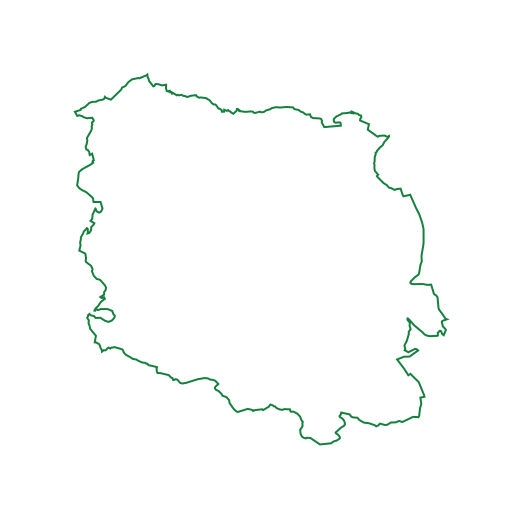 outline of Garbou, Salaj, Romania, rotated 350°
{"feature_id": "2599482B85635598983906", "entity_name": "Garbou", "entity_type": "district", "adm_level": 2, "iso_a3": "ROU", "parent_name": "Romania", "parent_adm1": "Salaj", "projection": "orthographic", "projection_center": [23.428, 47.145], "detail": "fine", "context": "isolated", "style": "outline", "palette": "green", "viewbox_px": 512, "rotation_deg": 350, "n_neighbors": 0, "source": "geoboundaries", "source_scale": "gbopen_adm2", "svg_char_len": 6017}
<svg xmlns="http://www.w3.org/2000/svg" viewBox="0 0 512 512"><g transform="rotate(350 256 256)"><path d="M388.0,442.9L388.9,441.8L391.1,434.5L393.1,430.4L393.3,424.0L397.4,423.9L397.3,421.9L394.4,408.5L387.6,398.9L385.3,399.9L382.4,392.9L377.0,382.4L384.1,380.9L389.8,381.7L399.2,377.2L398.2,375.8L396.4,375.1L389.4,377.2L386.0,374.6L386.9,373.5L386.6,370.0L389.7,365.9L392.9,359.5L393.3,357.1L395.6,354.9L395.1,351.7L395.9,348.4L394.1,345.2L394.2,344.1L394.5,343.8L395.2,344.3L399.8,351.8L406.7,360.0L408.3,362.5L410.5,364.1L413.6,365.2L421.0,366.1L421.4,365.6L421.7,363.2L424.2,361.5L425.3,362.3L425.7,365.0L427.1,366.6L430.1,361.9L429.9,360.9L427.8,357.8L427.5,353.3L428.3,352.3L433.0,351.5L431.7,350.7L429.6,345.7L427.0,340.7L426.7,339.0L427.6,328.4L426.7,326.2L425.1,324.9L424.6,323.8L423.5,314.6L419.7,314.2L415.8,312.7L404.9,310.8L403.4,309.6L403.6,308.5L404.4,307.6L408.8,304.5L412.9,302.5L413.6,301.3L416.4,293.4L418.3,290.2L419.0,284.6L422.9,273.7L423.7,270.1L425.7,258.4L425.4,251.7L424.0,243.3L421.8,236.0L418.5,222.5L411.6,222.8L411.1,221.6L410.1,214.8L406.7,214.5L403.9,215.0L401.0,212.7L398.8,211.7L397.1,208.9L394.3,206.4L389.3,199.2L388.9,198.3L390.4,197.1L387.9,192.9L387.8,190.2L388.5,187.0L388.4,185.2L389.3,183.3L390.0,179.6L391.7,176.2L391.7,175.1L393.1,174.4L393.4,173.5L396.7,170.8L400.0,168.9L402.3,165.8L405.2,163.8L407.8,161.4L407.8,160.9L406.3,161.6L403.3,159.6L398.1,159.1L396.8,159.7L395.3,158.5L388.0,151.0L390.1,145.8L382.0,140.6L382.5,139.0L383.9,137.6L383.8,135.9L382.2,135.3L381.0,133.6L379.3,133.1L375.9,130.8L376.2,132.3L374.0,131.5L374.1,130.9L373.4,130.8L371.3,131.1L365.2,130.5L364.5,131.1L359.3,132.6L356.4,134.6L356.0,137.2L357.4,138.5L361.9,139.0L362.4,139.6L362.2,142.4L345.6,140.9L343.9,135.7L344.5,134.4L343.9,132.3L342.3,131.5L336.1,130.1L334.2,128.5L333.8,125.9L330.4,125.6L329.3,125.0L327.1,122.6L325.0,121.5L323.3,119.6L319.3,118.0L318.3,116.1L311.8,114.5L305.6,114.0L301.4,112.9L297.4,113.1L295.4,113.9L291.2,114.4L288.5,115.6L285.8,115.3L285.0,114.5L279.7,115.0L278.6,114.4L278.1,113.5L276.5,112.8L270.6,112.2L264.7,110.4L264.5,110.0L265.0,109.6L263.5,108.0L262.8,107.9L262.2,109.5L258.4,112.0L256.5,110.4L255.7,109.1L254.9,108.9L254.0,107.5L252.4,108.0L250.1,106.4L249.5,108.3L247.4,108.0L247.5,106.4L245.9,104.7L244.7,104.3L242.9,100.5L242.0,99.6L240.8,99.5L239.3,98.1L237.0,94.1L235.5,93.2L234.6,92.0L229.0,90.2L227.6,90.3L225.3,88.5L224.9,87.2L220.2,86.9L215.6,87.5L214.6,86.5L211.7,85.4L210.7,84.3L207.9,84.4L206.8,83.6L205.8,84.0L203.1,81.4L201.6,81.6L201.7,80.4L201.2,79.8L200.0,79.9L199.8,78.3L198.4,78.4L198.7,79.0L196.7,78.0L196.5,75.3L197.2,71.7L193.2,71.7L190.2,70.1L187.4,69.2L186.5,69.4L185.5,70.9L184.3,71.1L181.1,65.0L180.9,62.5L180.4,61.3L180.5,58.5L179.7,59.0L171.9,60.8L171.2,60.3L164.6,60.5L160.5,62.6L157.0,65.9L153.3,66.9L152.2,68.7L140.3,76.8L135.4,74.0L134.9,73.1L133.8,74.8L132.2,75.4L127.4,75.5L125.3,76.3L121.6,75.8L118.5,76.3L113.6,79.5L109.0,80.7L108.7,81.7L102.7,82.5L104.3,87.0L106.1,86.7L107.9,87.5L109.4,88.3L110.2,89.3L113.6,91.0L118.7,91.4L119.8,94.1L119.2,95.2L117.6,96.1L117.4,97.3L117.7,97.9L116.5,100.2L116.7,100.6L116.5,102.0L115.3,104.1L110.0,110.5L109.9,113.2L108.6,116.6L107.2,118.9L107.4,121.6L108.6,122.2L109.8,124.5L109.8,127.7L112.4,126.8L112.9,133.5L111.8,133.9L111.5,134.6L111.3,135.4L111.8,135.3L111.9,135.8L109.2,137.2L100.3,140.2L96.4,142.4L95.7,143.7L94.2,149.4L92.1,155.3L93.6,158.4L95.9,160.7L100.0,163.7L104.7,169.5L105.5,171.0L105.4,174.6L112.3,175.8L113.1,182.5L111.3,185.2L109.3,186.1L107.3,184.8L106.4,183.4L106.4,182.3L105.8,182.4L105.7,181.9L102.2,187.0L101.2,191.0L99.1,192.7L102.5,195.6L101.5,197.0L98.9,198.8L98.1,201.5L97.0,203.3L95.3,204.5L94.0,204.6L94.5,203.6L95.0,200.2L94.3,199.2L90.5,202.2L89.8,203.6L86.8,207.2L86.3,209.5L85.1,212.3L85.1,215.0L82.9,220.0L88.3,224.0L88.3,228.4L87.4,231.2L87.6,232.4L91.9,237.1L92.7,240.3L92.6,241.2L91.8,242.5L92.8,247.3L95.2,251.0L97.9,252.1L99.1,253.6L102.3,259.0L102.8,261.1L102.0,263.4L100.2,265.1L99.7,267.7L95.6,269.4L96.8,270.6L99.2,270.3L99.7,271.9L95.4,274.2L91.6,278.0L88.9,279.8L87.4,281.7L88.0,282.0L89.6,280.6L90.9,281.8L94.0,281.3L100.7,282.5L104.8,285.1L105.6,288.9L106.5,289.9L106.3,291.5L104.4,293.4L102.8,294.5L99.3,295.3L96.0,293.5L92.0,289.8L87.3,289.2L86.1,287.1L83.2,285.8L81.9,284.7L81.9,284.2L80.6,284.8L80.1,286.2L79.0,287.5L80.2,290.4L79.4,293.2L80.0,295.9L80.0,298.8L84.5,306.8L82.2,313.1L83.8,313.5L86.2,315.6L86.8,317.7L86.9,319.3L87.9,322.2L87.8,323.4L89.7,322.3L91.0,322.8L92.5,322.2L93.3,321.3L95.0,320.7L96.3,321.8L97.3,321.1L101.2,321.3L108.0,324.7L108.5,325.4L109.2,328.3L110.7,330.7L115.7,334.7L116.5,335.8L120.4,337.3L121.9,338.8L125.8,341.3L128.2,341.9L129.6,343.2L130.3,343.2L131.2,344.8L139.2,348.2L138.4,350.1L138.3,352.6L138.7,354.2L141.4,354.7L149.3,358.1L151.3,361.0L152.6,361.8L152.8,363.6L153.4,363.9L155.4,363.3L157.1,364.2L159.3,367.8L161.4,368.8L165.2,368.8L177.5,367.2L184.4,367.3L187.3,368.2L189.6,369.8L192.3,370.6L194.3,371.9L196.7,375.5L193.0,377.9L192.6,378.8L192.9,380.1L193.6,381.1L195.7,382.4L198.0,385.7L198.7,387.8L202.5,389.9L204.5,393.3L204.4,396.2L207.2,402.2L208.9,404.8L210.8,406.5L221.4,405.1L226.2,407.3L226.3,408.1L228.2,407.6L235.4,408.0L236.2,409.0L242.5,406.6L244.4,404.8L245.9,405.5L247.8,407.3L248.6,407.4L249.9,409.4L252.7,411.2L255.2,412.1L257.1,411.7L262.8,412.9L262.9,414.7L263.3,415.4L265.9,415.8L269.3,418.4L271.5,421.8L272.5,426.3L273.3,427.4L272.6,429.0L272.3,431.7L269.4,434.7L269.0,438.7L270.0,442.0L271.5,443.4L273.5,444.3L274.3,443.8L277.9,444.6L286.3,452.7L297.5,453.5L300.1,452.1L303.4,451.8L306.7,450.3L307.0,449.8L307.1,448.6L305.9,446.4L303.9,444.3L303.8,443.6L309.4,440.1L313.1,438.5L314.3,437.4L314.5,435.9L314.2,433.7L313.0,431.3L310.5,428.9L310.4,428.2L312.0,426.9L312.7,425.0L320.5,428.1L322.2,431.0L324.1,432.0L327.6,432.8L329.3,435.4L333.3,438.8L338.2,440.3L343.5,443.2L344.8,444.6L346.8,444.2L349.0,442.6L353.6,444.8L355.9,445.0L360.0,443.4L364.5,444.1L368.3,443.3L371.3,444.9L382.7,441.7L388.0,442.9Z" fill="none" stroke="#15803d" stroke-width="2"/></g></svg>